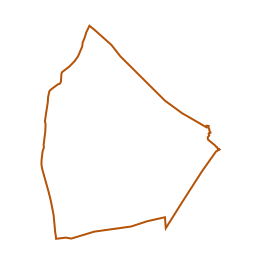 outline of YobokiI, Dikhil, Djibouti, rotated 355°
{"feature_id": "41766387B74076707162819", "entity_name": "YobokiI", "entity_type": "district", "adm_level": 2, "iso_a3": "DJI", "parent_name": "Djibouti", "parent_adm1": "Dikhil", "projection": "equal_earth", "projection_center": [42.146, 11.584], "detail": "fine", "context": "isolated", "style": "outline", "palette": "amber", "viewbox_px": 256, "rotation_deg": 355, "n_neighbors": 0, "source": "geoboundaries", "source_scale": "gbopen_adm2", "svg_char_len": 1093}
<svg xmlns="http://www.w3.org/2000/svg" viewBox="0 0 256 256"><g transform="rotate(355 128 128)"><path d="M98.5,22.8L94.8,29.0L93.5,32.3L92.4,34.9L90.3,38.8L89.5,42.8L84.5,52.2L80.7,56.7L75.6,61.1L74.9,61.7L67.3,66.5L66.4,68.2L65.2,76.1L64.0,77.9L62.0,78.4L55.1,82.6L54.8,82.9L52.9,84.4L51.0,90.7L50.3,95.6L50.1,96.3L45.8,114.0L46.2,116.9L46.1,118.1L45.3,124.2L42.5,137.4L42.5,140.1L40.9,143.8L39.2,151.9L38.8,154.8L38.6,157.1L39.0,161.6L43.3,184.4L44.5,192.1L44.9,195.1L46.3,208.3L46.4,225.6L46.7,229.5L46.7,230.1L46.7,232.1L56.6,231.8L61.9,233.2L85.3,228.3L122.6,226.4L138.8,222.6L157.0,220.1L156.9,231.1L176.4,205.4L198.0,177.5L213.6,159.1L217.4,157.4L216.8,156.7L215.5,156.4L214.9,154.7L213.9,154.2L213.4,153.1L206.8,146.7L206.5,145.3L206.8,143.9L208.3,142.6L207.8,140.8L208.2,140.2L209.6,140.0L209.8,139.5L209.3,139.1L208.8,137.3L209.0,136.3L208.8,136.0L208.2,135.2L208.6,133.1L208.0,132.8L207.1,133.5L206.5,132.6L206.1,132.8L205.9,133.9L205.3,133.5L193.4,125.1L183.2,118.0L167.2,104.0L126.6,55.9L118.7,43.8L102.8,26.9L98.5,22.8Z" fill="none" stroke="#b45309" stroke-width="2"/></g></svg>